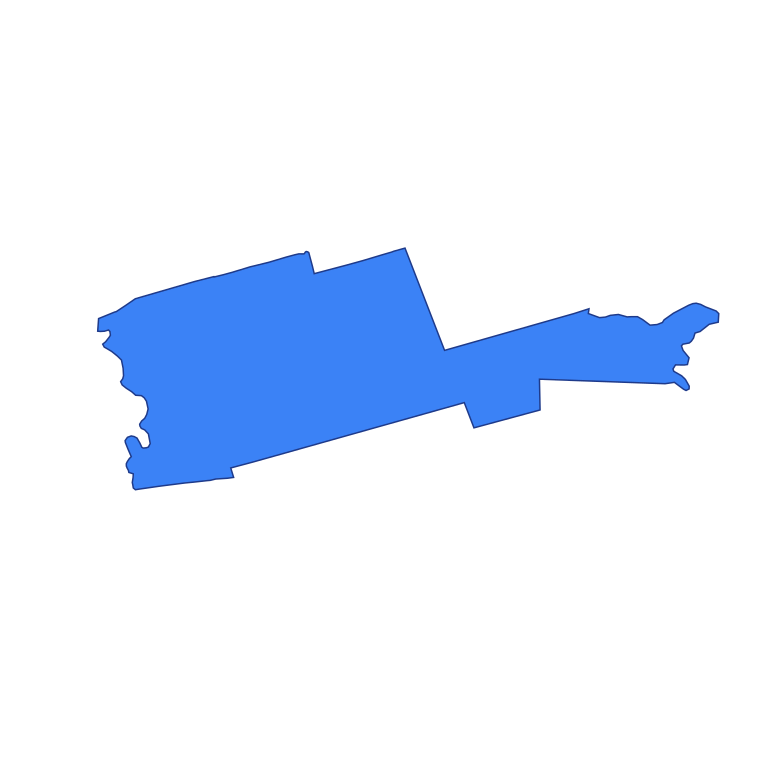 Branceni, Teleorman, Romania (Natural Earth projection), rotated 201°
{"feature_id": "2599482B72114382845229", "entity_name": "Branceni", "entity_type": "district", "adm_level": 2, "iso_a3": "ROU", "parent_name": "Romania", "parent_adm1": "Teleorman", "projection": "natural_earth1", "projection_center": [25.36, 43.857], "detail": "fine", "context": "isolated", "style": "filled", "palette": "blue", "viewbox_px": 768, "rotation_deg": 201, "n_neighbors": 0, "source": "geoboundaries", "source_scale": "gbopen_adm2", "svg_char_len": 2218}
<svg xmlns="http://www.w3.org/2000/svg" viewBox="0 0 768 768"><g transform="rotate(201 384 384)"><path d="M103.0,571.2L111.5,571.2L116.9,571.8L121.5,571.3L124.5,569.7L127.8,566.7L139.1,553.9L145.5,544.3L146.1,541.2L150.3,537.4L156.7,534.3L165.6,536.8L171.5,537.7L177.2,535.5L181.0,533.8L190.1,532.9L197.3,529.2L201.3,525.8L206.6,523.2L218.5,523.0L219.2,526.1L219.6,527.7L231.8,517.9L339.5,437.1L413.1,518.4L422.4,511.5L424.3,509.8L431.8,504.1L448.1,491.5L461.8,481.4L488.7,462.0L488.9,462.3L493.1,468.4L499.2,476.8L501.2,479.6L501.7,479.9L501.8,479.9L502.3,479.9L502.9,480.0L504.1,479.8L504.7,479.0L504.9,478.1L505.1,477.1L505.8,476.6L508.2,475.7L510.1,475.0L513.4,472.8L520.7,467.5L534.8,456.6L547.0,448.1L551.1,445.3L558.6,439.4L561.5,437.2L565.7,433.9L573.2,428.4L581.0,423.0L581.3,423.3L597.4,411.9L646.7,374.5L653.4,364.7L659.9,355.6L661.2,354.7L669.5,346.9L673.9,342.8L670.2,330.7L667.7,331.4L663.9,333.1L660.5,335.7L658.7,334.8L656.9,331.5L657.3,329.3L659.0,323.7L660.9,320.4L658.4,318.2L655.0,317.7L649.9,316.8L642.8,314.5L637.7,312.3L633.2,305.2L630.1,298.3L629.8,295.2L630.7,291.8L628.1,289.3L623.1,287.7L616.9,286.4L611.8,284.5L606.3,286.2L602.9,285.2L599.6,282.8L595.3,276.2L594.6,270.5L595.1,266.2L597.0,262.6L597.7,258.9L596.8,257.3L594.7,255.6L591.0,255.4L586.1,253.0L580.9,244.6L581.4,240.7L583.0,239.3L585.8,237.9L587.4,238.1L590.7,241.3L595.2,245.0L598.4,245.4L601.4,244.9L604.4,242.3L605.4,238.4L604.5,236.7L599.8,231.6L593.9,225.6L595.0,223.2L595.8,219.7L596.0,217.2L595.1,215.0L593.5,213.3L591.6,211.7L590.5,210.0L585.9,210.3L585.6,209.5L584.7,206.6L583.7,201.8L582.5,200.0L580.8,197.1L579.6,196.7L578.2,196.2L575.5,197.8L557.4,207.9L546.8,213.6L544.0,215.1L534.5,220.2L526.3,224.3L514.5,230.4L511.8,231.7L507.0,235.0L496.4,239.9L490.9,242.9L497.0,250.7L478.5,264.1L302.4,395.4L284.3,375.3L229.0,415.7L240.6,444.2L121.7,485.0L113.5,489.6L102.5,486.5L99.7,486.2L97.4,488.7L98.3,491.4L104.3,496.3L109.0,498.3L118.0,499.7L119.6,501.6L118.7,506.3L110.6,509.3L107.7,510.9L108.6,517.8L116.8,522.5L120.0,526.2L119.2,528.3L113.7,531.7L112.4,534.1L111.5,537.7L111.9,543.0L107.7,546.3L101.8,556.3L94.1,561.5L96.7,569.7L100.1,571.2L103.0,571.2Z" fill="#3b82f6" stroke="#1e3a8a" stroke-width="1.5"/></g></svg>